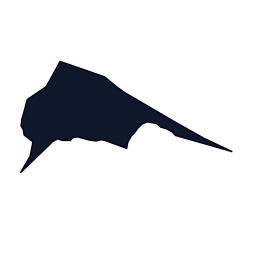 outline of Várzea, Rio Grande do Norte, Brazil, rotated 97°
{"feature_id": "56859067B38668332786629", "entity_name": "Várzea", "entity_type": "district", "adm_level": 2, "iso_a3": "BRA", "parent_name": "Brazil", "parent_adm1": "Rio Grande do Norte", "projection": "mercator", "projection_center": [-35.357, -6.316], "detail": "fine", "context": "isolated", "style": "filled", "palette": "ink", "viewbox_px": 256, "rotation_deg": 97, "n_neighbors": 0, "source": "geoboundaries", "source_scale": "gbopen_adm2", "svg_char_len": 682}
<svg xmlns="http://www.w3.org/2000/svg" viewBox="0 0 256 256"><g transform="rotate(97 128 128)"><path d="M129.0,51.3L115.9,83.2L93.4,135.4L88.9,143.7L80.2,157.4L75.5,178.7L70.3,203.5L96.8,214.1L112.0,231.4L127.4,233.6L132.2,234.4L138.9,234.4L142.6,231.6L147.6,230.2L153.3,220.6L168.2,221.7L185.7,229.5L150.5,201.0L147.2,196.3L148.3,192.1L147.4,183.8L144.0,181.3L142.9,177.1L143.6,171.8L144.7,164.4L144.7,157.9L142.9,153.3L143.1,149.4L148.3,126.9L142.1,126.5L135.9,124.0L131.3,120.6L127.3,118.5L122.0,114.2L119.5,109.4L119.8,104.1L120.2,99.7L123.1,95.7L124.0,89.9L126.5,83.6L129.6,80.0L134.8,46.6L138.8,21.6L129.0,51.3Z" fill="#0f172a" stroke="#020617" stroke-width="1.5"/></g></svg>